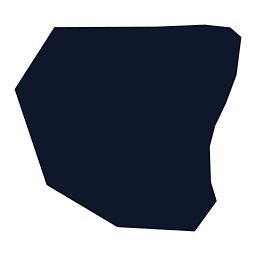 outline of Yevlakh
{"feature_id": "AZE-5566", "entity_name": "Yevlakh", "entity_type": "Municipality", "adm_level": 1, "iso_a3": "AZE", "parent_name": "Azerbaijan", "parent_adm1": "", "projection": "equal_earth", "projection_center": [47.164, 40.605], "detail": "fine", "context": "isolated", "style": "filled", "palette": "ink", "viewbox_px": 256, "rotation_deg": 0, "n_neighbors": 0, "source": "natural_earth", "source_scale": "10m", "svg_char_len": 313}
<svg xmlns="http://www.w3.org/2000/svg" viewBox="0 0 256 256"><path d="M204.6,25.4L229.8,28.1L240.6,37.4L235.8,74.8L225.3,103.0L214.4,125.8L209.0,146.7L210.2,182.1L215.9,200.9L194.4,230.6L117.6,226.4L47.3,184.5L15.4,89.4L54.8,27.9L156.5,27.4L204.6,25.4Z" fill="#0f172a" stroke="#020617" stroke-width="1.5"/></svg>